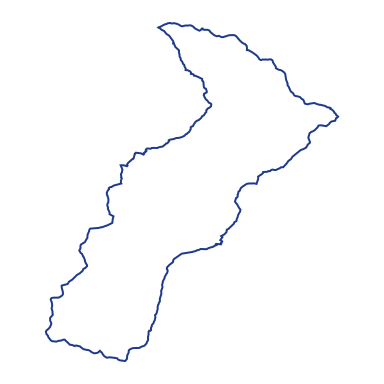 Borca, Suceava, Romania (Natural Earth projection)
{"feature_id": "2599482B12021264945319", "entity_name": "Borca", "entity_type": "district", "adm_level": 2, "iso_a3": "ROU", "parent_name": "Romania", "parent_adm1": "Suceava", "projection": "natural_earth1", "projection_center": [25.789, 47.198], "detail": "fine", "context": "isolated", "style": "outline", "palette": "blue", "viewbox_px": 384, "rotation_deg": 0, "n_neighbors": 0, "source": "geoboundaries", "source_scale": "gbopen_adm2", "svg_char_len": 5902}
<svg xmlns="http://www.w3.org/2000/svg" viewBox="0 0 384 384"><path d="M125.2,361.0L126.9,359.0L127.3,355.2L128.6,352.8L128.8,350.4L129.2,349.9L131.2,348.7L133.0,348.1L139.5,347.9L140.7,347.0L144.4,345.7L146.5,343.5L146.9,342.0L147.9,340.5L148.1,339.8L148.0,336.6L148.5,334.9L148.6,331.8L149.2,330.7L150.4,330.8L151.1,330.0L150.9,328.2L151.9,325.8L151.9,325.0L153.6,323.0L153.8,321.8L154.7,320.4L155.4,317.3L155.1,315.0L156.4,313.7L157.7,309.0L157.6,307.1L158.1,304.8L158.8,303.8L158.8,302.9L159.9,301.3L159.8,298.9L161.3,294.0L161.3,291.8L161.1,291.1L162.5,287.4L162.1,284.8L162.8,282.4L162.9,281.2L164.4,278.5L164.7,277.0L166.3,274.0L166.9,273.4L167.6,271.5L167.6,270.2L166.9,269.2L167.1,268.6L166.9,267.9L167.1,267.3L169.4,264.9L173.0,262.1L173.2,260.6L173.8,259.2L181.7,253.7L192.0,252.0L195.7,251.0L197.1,250.2L198.3,250.1L200.8,249.0L206.6,249.2L208.5,248.1L213.8,246.5L214.3,245.9L216.4,245.1L215.8,244.2L216.1,243.9L221.0,244.3L221.1,243.8L220.5,243.7L220.7,243.2L221.3,243.5L222.2,241.4L220.3,240.1L222.4,237.2L221.2,236.1L223.9,234.7L225.6,233.1L226.5,232.0L226.8,229.7L228.3,229.0L233.7,223.9L234.4,222.2L236.4,221.1L236.7,219.2L237.3,218.1L238.2,214.9L240.2,211.3L240.4,209.5L239.2,208.1L236.9,204.0L235.4,202.4L235.0,201.5L236.1,198.0L237.2,197.4L237.7,196.3L237.6,194.6L238.1,193.7L238.5,191.6L239.7,190.8L240.8,188.1L242.8,186.4L246.9,183.8L249.0,183.5L254.5,183.4L256.5,183.9L258.2,178.9L258.1,176.6L262.0,174.0L263.1,172.9L263.2,172.0L267.2,171.8L268.4,171.1L270.0,171.2L270.9,170.2L272.3,169.6L275.6,170.1L279.8,168.2L281.0,167.3L283.2,167.2L286.8,163.3L288.4,160.9L290.9,159.2L292.5,156.7L300.9,149.9L303.2,149.2L306.2,147.6L306.4,146.9L307.2,146.0L307.7,144.7L310.0,142.6L309.9,141.8L308.3,137.6L309.6,133.2L311.1,132.0L313.1,131.2L314.8,130.1L317.5,127.4L318.6,125.5L321.2,125.3L326.3,126.2L329.4,123.7L329.8,122.8L331.5,121.5L335.2,120.7L336.0,118.3L337.5,117.4L338.1,116.6L336.2,115.0L335.6,113.6L334.4,112.8L334.2,112.0L333.3,110.9L332.2,109.8L330.3,108.8L330.6,108.2L330.0,107.7L327.3,107.3L325.3,106.0L320.6,104.8L318.6,104.6L314.2,103.0L309.1,103.8L308.0,104.3L305.2,103.8L304.5,103.0L304.0,101.2L303.1,99.6L301.4,98.7L300.3,97.3L298.6,96.6L294.8,95.8L294.1,95.1L293.0,93.1L291.0,91.7L290.6,91.1L288.6,86.6L287.6,85.4L287.5,83.0L286.6,81.2L286.0,79.2L285.2,73.8L283.6,71.9L281.2,70.3L278.4,69.6L275.9,68.2L275.8,66.7L273.1,62.5L272.5,60.4L271.2,59.5L270.1,59.3L268.2,59.6L262.9,59.5L260.9,60.1L259.2,59.1L258.6,57.8L256.6,55.4L252.1,52.2L248.5,50.2L246.9,50.1L247.0,48.0L246.6,45.7L244.9,44.0L243.5,43.5L242.2,42.7L239.9,40.6L236.2,36.2L235.0,35.5L234.1,35.1L229.2,35.2L222.9,37.2L221.0,36.9L218.8,35.8L216.9,36.3L214.4,35.3L210.6,32.3L209.4,30.6L207.7,29.8L204.5,29.8L202.8,29.4L202.7,28.6L202.0,28.5L200.6,30.1L199.4,30.7L195.6,28.8L194.6,28.1L193.3,26.7L191.2,25.5L189.5,25.3L188.6,25.5L185.4,25.5L182.3,26.3L180.8,25.9L179.0,24.7L176.5,23.7L174.2,23.2L171.8,23.5L169.9,23.0L168.0,23.2L166.7,23.9L164.5,24.5L160.5,26.7L158.3,27.5L158.6,27.8L159.7,28.1L161.6,29.8L164.1,31.0L166.6,34.1L168.7,35.3L169.5,36.1L173.0,40.9L173.6,42.5L173.1,43.0L173.1,43.5L173.9,43.5L175.3,46.9L179.0,50.4L178.9,52.3L179.4,53.9L179.7,56.8L180.6,58.2L180.8,60.0L182.4,62.0L183.0,63.8L184.2,64.8L184.6,66.7L185.7,68.5L185.6,70.1L187.6,70.2L190.2,71.5L191.1,72.7L190.9,73.9L193.1,74.2L193.7,74.8L194.0,75.7L194.9,75.7L197.6,76.7L202.1,78.9L202.2,80.6L203.1,81.3L203.4,82.0L203.8,86.6L204.1,87.6L204.8,88.3L205.9,88.7L206.8,91.3L206.7,92.4L204.1,93.7L204.2,94.4L203.7,95.1L204.8,97.6L206.0,99.5L207.1,100.3L208.9,102.7L210.4,103.3L211.3,104.2L211.0,106.3L209.8,107.5L207.6,108.6L206.6,110.2L206.3,110.3L206.3,112.0L205.2,113.1L204.0,115.2L202.1,116.3L201.3,117.8L198.7,120.1L196.9,120.8L195.7,121.7L194.0,124.0L192.9,126.2L191.3,126.7L190.7,127.4L190.7,129.2L189.1,132.0L187.5,133.1L186.9,133.9L185.8,134.3L184.4,135.8L181.8,137.1L178.8,137.9L176.4,138.0L173.4,139.1L169.3,139.8L168.7,140.5L169.1,141.2L167.4,143.2L166.1,143.5L165.3,144.5L163.6,145.7L162.8,146.5L159.0,147.2L157.3,148.0L152.0,147.9L150.8,148.7L147.0,148.5L145.9,149.5L145.7,150.4L146.3,150.9L145.8,151.3L146.0,151.4L144.3,153.1L144.0,152.9L143.7,153.1L143.4,153.5L143.9,154.2L143.5,154.6L140.8,153.3L135.9,152.7L135.1,153.9L134.8,153.8L133.7,158.2L133.0,159.0L132.6,158.9L128.1,162.9L127.0,164.7L127.0,165.1L127.5,165.7L127.1,166.2L123.2,165.2L120.7,165.3L122.4,169.5L121.9,172.4L120.9,174.2L121.3,176.7L121.1,177.5L121.8,178.3L120.9,180.8L120.9,182.7L121.3,183.5L113.6,185.6L111.5,187.0L110.3,187.1L109.1,187.8L108.8,188.1L109.0,189.3L107.9,190.3L106.8,192.7L106.9,194.7L107.7,196.0L107.6,196.6L108.4,198.6L108.3,202.3L107.4,204.0L107.3,205.8L108.1,207.5L107.9,208.8L109.5,212.2L109.6,214.2L113.5,216.3L112.7,219.3L112.3,222.9L106.6,225.7L105.8,225.8L102.3,227.2L101.3,227.2L98.9,227.9L90.4,228.6L89.8,229.0L89.2,230.3L89.2,231.0L87.6,234.6L87.3,238.2L86.3,239.4L85.0,242.0L81.0,244.5L80.5,245.5L80.4,248.5L79.3,250.5L80.6,252.8L82.1,254.0L83.0,256.2L83.9,257.5L85.0,260.5L84.9,261.0L85.7,263.0L87.1,265.2L87.1,266.1L85.2,268.1L83.5,268.8L82.6,270.8L79.8,273.3L77.0,274.9L72.4,279.5L68.9,281.8L68.0,283.6L67.3,284.1L61.9,285.5L61.6,285.8L61.8,288.0L62.8,291.6L63.0,293.8L62.6,294.9L61.5,296.0L58.8,297.6L53.0,297.7L51.5,298.1L50.8,299.0L50.7,299.6L51.8,302.4L52.2,305.7L51.6,308.4L52.5,311.3L52.5,313.1L52.8,314.6L52.7,315.0L50.4,317.5L50.1,318.4L50.2,320.7L51.3,323.2L51.2,324.3L49.9,327.2L48.6,328.7L46.4,330.6L45.9,331.7L46.4,333.9L47.9,335.7L48.3,337.0L50.1,339.5L51.5,340.9L52.3,341.2L56.2,341.6L59.3,340.7L60.8,340.7L63.1,339.7L64.8,339.7L65.9,341.0L67.4,342.2L69.8,344.7L72.2,345.0L74.7,346.1L75.0,345.7L76.1,345.5L79.8,346.3L82.6,348.6L84.3,349.4L88.8,350.2L90.1,350.9L91.2,351.9L93.8,353.2L94.4,353.3L97.2,352.9L98.4,352.3L99.8,350.8L102.0,352.8L102.6,354.0L104.2,356.1L106.1,357.3L106.9,357.7L109.5,357.3L112.7,357.6L116.9,358.2L118.4,359.7L120.1,360.4L125.2,361.0Z" fill="none" stroke="#1e3a8a" stroke-width="2"/></svg>